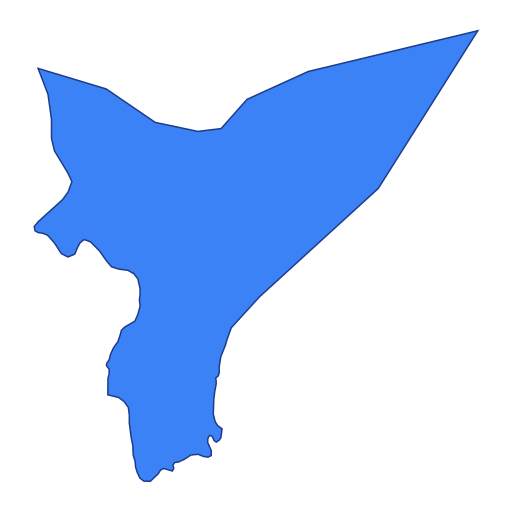 the Governorate of Ma'rib
{"feature_id": "YEM-337", "entity_name": "Ma'rib", "entity_type": "Governorate", "adm_level": 1, "iso_a3": "YEM", "parent_name": "Yemen", "parent_adm1": "", "projection": "equal_earth", "projection_center": [45.213, 15.324], "detail": "fine", "context": "isolated", "style": "filled", "palette": "blue", "viewbox_px": 512, "rotation_deg": 0, "n_neighbors": 0, "source": "natural_earth", "source_scale": "10m", "svg_char_len": 1493}
<svg xmlns="http://www.w3.org/2000/svg" viewBox="0 0 512 512"><path d="M197.8,131.4L221.1,128.6L247.1,99.3L308.2,71.5L477.8,30.7L378.3,188.4L259.5,296.8L231.3,327.7L227.1,339.3L225.4,345.2L220.8,356.7L219.1,367.6L219.3,372.3L218.3,375.8L215.7,378.1L216.1,380.4L216.2,383.9L214.8,391.2L213.8,399.3L213.3,414.2L215.2,421.8L217.7,425.6L222.1,428.9L220.8,437.9L219.1,440.3L216.3,442.1L214.2,440.6L212.8,437.7L211.7,435.9L209.6,435.4L207.9,438.4L207.6,442.3L211.3,450.7L211.2,455.6L207.9,457.2L203.3,456.4L198.1,454.3L191.0,455.0L184.3,459.3L178.5,462.0L174.6,462.5L172.9,465.3L173.8,468.2L172.4,471.0L163.9,468.5L160.6,470.0L158.2,473.8L150.3,481.3L143.8,481.1L139.9,478.1L137.4,472.9L135.6,467.1L135.1,461.3L133.2,455.0L132.9,446.1L131.1,437.0L129.3,423.0L129.3,414.8L128.3,407.4L124.1,401.5L118.6,397.5L107.8,394.8L108.0,378.2L109.1,374.1L109.1,368.9L107.4,367.0L106.4,365.3L106.9,363.1L109.1,359.9L110.5,354.4L113.2,348.4L115.3,345.2L117.8,341.9L120.4,334.3L121.4,330.3L124.8,327.0L134.9,321.1L137.8,314.6L140.1,306.1L139.4,299.7L140.1,294.3L140.0,288.4L137.9,279.0L134.0,273.8L127.9,270.3L118.7,269.1L111.5,266.8L106.3,260.6L99.6,251.0L90.7,242.0L87.1,240.5L83.9,239.6L79.9,243.0L77.4,247.8L74.8,254.1L68.0,257.0L61.3,253.6L54.4,242.8L47.5,235.2L42.7,233.2L38.2,232.6L35.1,230.9L34.2,226.6L38.4,221.5L62.5,199.7L68.1,192.0L71.9,181.6L67.6,172.5L54.5,150.9L51.5,138.4L51.5,119.6L48.0,94.3L38.1,68.4L106.3,89.0L155.2,122.4L197.8,131.4Z" fill="#3b82f6" stroke="#1e3a8a" stroke-width="1.5"/></svg>